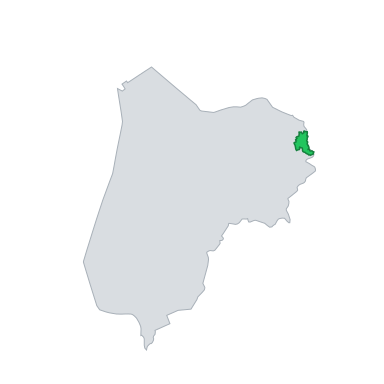 location of Al-Amadiya, Dihok, Iraq, rotated 69°
{"feature_id": "34846034B75127748114443", "entity_name": "Al-Amadiya", "entity_type": "district", "adm_level": 2, "iso_a3": "IRQ", "parent_name": "Iraq", "parent_adm1": "Dihok", "projection": "albers", "projection_center": [43.505, 37.091], "detail": "fine", "context": "in_parent", "style": "filled", "palette": "green", "viewbox_px": 384, "rotation_deg": 69, "n_neighbors": 0, "source": "geoboundaries", "source_scale": "gbopen_adm2", "svg_char_len": 5455}
<svg xmlns="http://www.w3.org/2000/svg" viewBox="0 0 384 384"><g transform="rotate(69 192 192)"><path d="M156.4,70.6L158.8,70.0L163.4,66.2L166.0,62.7L166.9,62.4L169.2,63.6L170.9,63.9L174.8,62.6L177.1,63.3L179.1,64.2L180.1,64.3L185.4,66.5L186.7,66.8L189.4,67.0L193.4,67.1L196.0,65.7L197.8,64.3L199.1,64.3L200.3,64.6L201.4,65.2L202.3,66.3L202.7,67.7L202.6,72.5L203.0,73.7L203.7,74.6L204.6,74.8L205.7,73.8L207.6,72.2L209.9,70.6L211.7,69.1L212.7,68.5L214.2,68.5L215.8,68.8L216.7,69.5L217.5,72.0L219.7,80.2L220.9,81.3L222.3,82.1L223.2,83.4L223.6,84.6L223.6,86.5L223.6,88.8L224.2,90.5L225.0,91.8L225.7,92.4L226.8,92.4L228.1,92.7L229.0,94.0L232.0,103.4L232.3,104.7L233.5,105.0L235.4,104.8L237.4,105.7L239.6,107.2L241.6,110.1L243.0,110.5L247.2,110.0L252.9,110.3L255.7,111.7L255.4,112.6L253.4,113.7L249.7,115.0L248.7,117.1L248.2,119.7L248.3,121.2L249.3,122.8L252.0,126.0L252.1,127.2L252.6,128.8L253.2,129.9L252.7,132.1L250.4,133.6L247.3,135.3L241.2,142.7L240.8,144.3L240.9,148.5L240.3,149.8L238.3,149.8L236.8,149.6L236.7,151.1L235.8,153.1L235.2,154.9L237.6,158.9L238.1,161.1L237.8,163.0L235.7,166.5L234.5,168.8L234.8,169.3L236.5,170.2L241.9,177.6L243.6,180.2L245.8,179.4L246.7,179.4L247.3,179.9L247.8,180.7L247.8,181.9L247.3,183.5L250.1,184.2L251.2,185.8L254.6,191.6L254.6,193.3L253.1,196.1L253.1,197.9L253.5,199.6L254.0,200.1L258.9,200.2L261.0,200.8L266.2,203.6L272.2,208.0L277.1,211.6L281.2,214.6L285.6,214.2L286.8,214.8L287.9,215.7L289.3,218.3L292.0,224.1L294.2,226.0L297.7,230.6L301.0,234.9L299.3,241.0L297.5,247.4L297.9,255.4L298.1,259.8L302.3,259.8L307.0,259.8L307.3,265.0L307.6,270.2L307.9,276.1L309.3,276.3L311.6,277.5L312.7,279.4L313.9,280.3L315.4,280.4L316.8,281.3L318.3,283.0L318.9,284.3L318.6,285.2L319.0,286.7L320.1,288.9L321.3,289.9L323.2,291.1L320.8,292.0L318.0,291.5L312.0,289.2L310.2,289.2L307.7,290.3L307.7,291.2L301.4,288.6L299.1,288.1L298.3,288.1L294.8,288.2L289.8,289.0L286.9,290.3L284.9,291.6L284.0,292.9L283.7,293.6L282.2,297.3L280.6,302.0L278.8,306.3L275.2,312.4L273.2,315.2L268.9,320.4L264.1,321.6L252.8,320.9L240.3,320.1L227.9,319.2L218.6,318.5L217.9,318.2L208.7,311.1L201.5,305.4L192.5,298.3L183.3,291.0L174.1,283.5L167.5,278.1L159.4,271.0L152.1,264.6L146.4,259.5L139.1,255.0L133.3,251.5L125.0,246.4L118.4,242.2L112.8,238.6L104.1,233.1L101.2,231.6L92.1,229.5L83.5,227.7L74.6,225.8L68.7,224.5L72.8,220.9L71.8,217.5L68.9,218.0L66.2,218.7L64.9,213.4L66.9,212.9L65.4,206.0L63.8,198.9L62.3,192.0L60.8,185.0L68.4,180.9L74.1,177.8L82.0,173.5L89.7,169.3L96.9,165.3L104.9,160.9L112.0,156.9L118.4,155.4L119.8,154.1L122.8,148.4L125.4,143.5L125.6,142.4L125.8,135.4L126.4,127.2L127.3,122.9L128.8,119.1L130.2,116.3L130.4,113.6L130.3,110.9L129.0,106.9L127.7,102.6L128.0,98.5L128.3,96.4L129.2,92.9L130.8,90.4L132.4,88.8L138.3,87.3L141.8,86.4L146.6,82.0L149.4,79.4L153.3,75.2L156.1,72.1L156.4,71.0L156.4,70.6Z" fill="#d9dde1" stroke="#a8b0b8" stroke-width="1"/><path d="M177.0,62.9L176.9,63.2L176.8,63.4L176.7,63.7L176.5,64.0L176.4,64.1L176.1,64.4L176.1,64.7L176.0,64.9L176.0,65.1L175.9,65.2L175.7,65.2L175.4,65.2L175.3,65.7L175.4,66.0L175.8,66.1L176.3,66.2L176.5,66.3L176.8,66.5L176.8,66.8L176.9,67.2L177.0,67.4L177.1,67.7L177.1,67.9L177.1,68.1L176.9,68.1L176.7,68.1L176.4,68.3L175.8,68.4L175.5,68.6L175.2,68.6L175.2,68.9L175.2,69.2L175.2,69.5L174.8,69.7L174.7,70.0L174.4,70.4L174.4,70.6L174.6,70.7L174.9,70.8L175.1,70.8L175.4,71.0L175.6,71.0L175.8,70.9L176.1,70.9L176.4,71.0L176.5,71.1L176.8,71.4L176.8,71.5L177.1,71.6L177.5,71.8L177.9,72.1L178.1,72.3L178.2,72.5L178.2,72.8L178.1,73.0L178.0,73.4L178.0,73.6L178.0,73.9L178.0,74.1L178.0,74.4L178.1,74.6L178.3,74.8L178.3,75.1L178.4,75.3L178.5,75.3L178.9,75.1L179.2,75.0L179.3,75.0L179.5,74.9L179.6,75.2L179.7,75.5L179.9,75.7L180.0,75.8L180.3,76.0L180.5,76.0L180.4,76.2L180.3,76.4L180.3,76.5L180.9,76.6L181.3,76.6L182.3,76.8L182.5,76.9L182.5,77.3L182.6,77.9L182.5,78.6L182.6,79.0L183.0,79.2L183.3,79.2L183.9,79.2L184.9,79.1L185.5,79.0L186.0,79.1L186.9,79.3L187.6,79.4L188.1,79.5L188.8,79.7L189.2,79.7L189.7,79.7L190.1,79.6L190.4,79.6L190.7,79.5L190.6,79.1L190.6,78.5L190.6,78.2L190.6,77.6L190.7,77.2L190.8,76.8L190.8,76.5L190.5,76.3L190.0,76.0L189.7,75.9L189.2,75.8L188.8,75.6L188.7,75.5L188.7,75.2L188.9,75.1L189.1,75.0L189.6,74.7L189.8,74.4L189.9,74.1L190.1,73.6L190.4,73.4L190.8,73.4L191.0,73.4L191.5,73.5L192.1,73.7L192.6,73.8L193.0,74.0L193.5,74.0L194.0,73.9L194.1,73.7L194.3,73.6L194.6,73.4L194.8,73.3L195.1,72.9L195.4,72.3L195.9,72.1L196.9,71.6L197.1,71.4L197.4,71.0L197.5,71.0L198.1,70.4L198.4,70.1L198.6,70.0L198.9,69.9L199.4,69.6L199.5,69.2L199.5,68.9L199.6,68.5L199.7,68.3L199.9,68.2L200.1,68.2L200.1,67.4L200.1,67.2L200.0,66.0L200.0,65.2L199.2,64.9L198.6,64.4L198.5,64.1L198.3,63.9L198.1,64.1L197.7,64.6L197.4,64.8L197.0,64.9L196.8,65.1L196.7,65.4L196.5,65.7L196.3,66.0L196.3,66.5L196.0,67.0L195.5,67.3L195.1,67.2L194.6,67.1L194.1,67.3L193.9,67.7L193.8,68.2L193.6,68.0L193.4,67.9L193.0,67.2L192.8,67.1L192.6,67.0L192.3,66.9L191.7,66.8L191.3,67.0L191.0,66.8L190.8,66.8L190.5,67.0L190.3,66.8L190.1,66.8L189.5,67.2L189.1,67.2L188.8,67.3L188.5,67.3L188.1,66.9L187.6,66.9L187.4,66.7L187.1,66.3L186.9,66.1L186.7,66.1L186.4,66.2L186.2,66.3L185.9,66.5L185.5,66.5L184.9,66.4L184.6,66.0L184.3,65.7L183.8,65.5L183.3,65.3L182.6,64.9L182.1,64.2L181.8,63.9L181.4,63.8L180.9,64.0L180.8,64.3L180.7,64.6L180.3,64.4L180.0,64.3L179.7,64.2L179.5,63.9L179.3,63.8L179.0,63.6L178.8,63.4L178.4,63.4L178.2,63.3L177.9,63.1L177.6,62.9L177.2,63.0L177.0,62.9Z" fill="#22c55e" stroke="#15803d" stroke-width="1.5"/></g></svg>